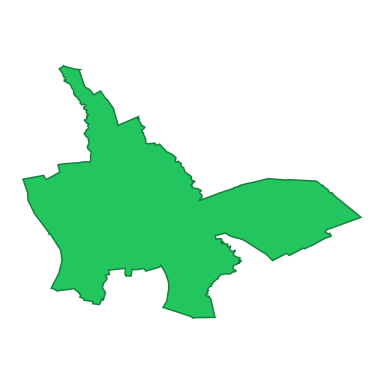 outline of Tynaarlo, Drenthe, Netherlands
{"feature_id": "6326949B53831042389857", "entity_name": "Tynaarlo", "entity_type": "district", "adm_level": 2, "iso_a3": "NLD", "parent_name": "Netherlands", "parent_adm1": "Drenthe", "projection": "natural_earth1", "projection_center": [6.601, 53.112], "detail": "fine", "context": "isolated", "style": "filled", "palette": "green", "viewbox_px": 384, "rotation_deg": 0, "n_neighbors": 0, "source": "geoboundaries", "source_scale": "gbopen_adm2", "svg_char_len": 5908}
<svg xmlns="http://www.w3.org/2000/svg" viewBox="0 0 384 384"><path d="M62.5,66.8L59.3,68.8L62.2,73.0L63.6,76.2L63.8,77.1L65.2,77.6L65.7,79.0L65.7,79.5L64.3,79.8L64.3,81.3L64.6,81.5L66.1,81.4L66.5,81.7L66.7,82.6L68.3,83.1L69.9,84.0L71.5,86.8L71.6,87.8L72.2,88.5L72.7,88.6L73.2,89.5L73.4,90.8L74.0,91.9L73.7,93.0L74.0,93.3L73.8,93.8L74.7,94.6L74.6,95.2L75.4,95.6L75.3,96.0L75.6,96.3L76.5,96.2L77.0,96.9L77.7,98.5L78.7,98.5L78.7,99.4L79.0,100.2L80.3,101.1L80.6,101.6L80.2,102.8L80.3,103.7L81.2,104.0L82.2,105.0L83.8,104.1L84.5,104.4L85.4,104.4L85.9,104.8L85.7,105.2L85.9,105.8L83.8,106.9L84.2,107.5L83.8,108.3L84.3,109.2L86.9,110.0L86.3,110.9L86.3,112.7L87.5,113.7L88.2,114.5L88.2,115.3L88.0,115.5L87.2,115.3L86.7,115.9L86.8,116.6L86.6,117.1L86.8,117.7L87.2,117.9L87.1,118.4L85.6,119.7L84.7,119.8L84.5,120.5L85.5,121.7L86.3,122.0L86.6,122.5L86.5,122.8L86.6,123.0L88.7,124.1L87.9,125.4L87.8,126.1L88.6,127.7L88.4,128.3L86.4,130.0L85.6,132.1L84.4,133.1L84.2,133.7L84.5,134.3L85.3,135.0L85.9,136.3L87.4,137.2L87.9,137.8L89.2,143.0L87.7,145.8L87.4,146.7L87.5,147.8L88.1,149.0L90.7,151.5L91.2,152.3L91.2,153.2L90.5,156.5L90.8,160.4L90.1,162.0L84.0,161.8L78.1,162.8L65.5,163.6L58.0,164.7L59.8,172.1L46.5,179.5L44.8,177.5L43.7,175.4L23.0,179.2L27.6,192.6L28.1,200.4L34.2,212.9L35.1,214.4L48.0,231.5L49.3,233.8L49.2,234.0L49.9,233.7L52.5,237.3L60.7,250.2L62.0,260.3L61.9,260.1L62.0,260.7L58.9,273.3L51.3,288.1L51.7,288.0L57.7,291.1L58.3,290.7L72.7,288.9L74.1,288.2L74.9,289.5L78.5,292.3L79.3,293.3L80.7,295.7L79.9,297.2L82.2,297.9L84.2,299.0L83.9,300.1L88.7,301.0L93.0,301.5L92.6,303.7L99.4,304.6L100.7,302.1L101.7,298.7L101.9,298.8L101.7,299.8L103.4,300.1L103.9,297.4L104.2,297.1L105.4,292.7L105.4,292.3L102.6,288.2L102.5,287.0L104.0,282.5L105.9,280.6L107.0,278.8L107.0,278.3L105.6,275.2L109.5,274.4L108.5,270.2L125.0,268.3L125.2,268.8L125.3,272.1L125.1,272.5L125.2,273.6L125.3,275.0L125.5,275.4L126.4,276.0L126.6,275.6L130.9,276.1L131.1,276.0L131.3,275.5L132.0,269.3L134.1,269.6L137.1,269.6L144.1,268.6L144.5,268.8L145.5,271.0L146.0,271.1L159.8,267.0L160.8,265.3L163.1,268.9L163.3,268.8L165.5,273.3L168.2,280.9L168.8,284.9L168.7,288.7L166.9,300.5L166.3,301.9L163.0,307.5L173.6,310.8L191.4,316.7L192.8,318.2L193.3,318.1L193.4,317.8L194.1,317.5L194.9,317.7L215.0,317.4L210.6,298.3L209.0,297.2L208.8,296.8L209.1,296.7L209.1,296.3L207.0,296.0L206.3,295.5L205.8,294.9L206.0,294.4L206.7,294.2L206.6,293.8L206.8,293.5L207.4,293.8L207.8,293.6L207.1,293.0L206.8,292.2L208.3,290.9L207.9,290.7L208.2,289.7L207.9,289.2L207.9,288.7L209.1,287.2L210.0,286.4L211.4,286.2L211.1,285.8L210.5,285.6L210.5,285.2L211.5,284.4L212.7,284.0L213.0,282.2L213.5,281.6L214.8,281.1L216.1,279.7L218.0,278.8L218.0,278.2L218.3,277.4L219.4,276.0L220.9,274.7L225.5,273.9L229.8,274.0L231.5,273.0L233.2,271.7L234.6,271.9L235.5,271.5L236.0,270.7L234.8,269.9L234.1,269.7L232.8,268.2L232.9,267.7L233.4,266.7L233.2,265.9L234.5,264.8L235.7,264.8L236.9,264.4L237.5,263.4L237.9,263.2L238.8,263.4L239.4,263.3L239.5,263.1L238.8,262.4L238.8,262.1L240.3,261.8L241.1,261.4L241.4,261.1L241.1,260.5L240.2,260.5L239.8,260.6L239.6,261.3L239.2,261.3L239.0,261.0L238.8,259.9L239.8,259.2L240.0,258.4L239.7,257.5L238.0,257.7L235.8,256.4L234.2,255.8L233.1,254.9L233.0,254.6L233.7,253.6L233.9,252.3L235.2,251.0L235.4,250.6L235.2,250.4L234.7,250.4L233.6,251.2L232.2,251.5L230.4,250.4L229.4,248.8L230.3,247.4L230.5,246.1L230.2,246.1L229.3,247.1L228.1,247.1L227.3,245.9L227.9,244.9L227.7,244.2L225.3,244.1L224.0,243.1L222.9,241.7L222.6,241.9L222.7,243.4L222.3,243.6L221.7,243.4L221.0,242.3L221.1,242.0L221.7,241.9L222.1,241.6L221.7,240.8L221.7,239.6L221.3,238.8L218.1,238.8L216.2,239.5L215.8,239.0L215.9,238.2L215.4,236.9L215.3,235.7L225.5,233.0L229.5,235.6L232.3,236.8L240.2,238.8L243.2,239.9L245.7,241.2L259.8,250.4L264.4,253.1L265.1,252.9L266.0,254.2L267.7,255.6L272.6,260.6L286.7,253.3L289.3,255.4L303.5,248.1L304.7,248.8L310.6,245.8L310.8,245.9L312.1,245.4L323.5,239.1L326.0,237.9L328.7,237.1L329.5,236.2L330.4,236.5L330.8,236.4L331.0,236.0L331.0,235.4L329.9,233.4L328.4,233.7L325.5,232.5L325.2,232.0L326.3,230.2L328.6,228.7L329.3,228.8L361.0,217.3L332.8,194.4L332.9,193.9L332.5,193.9L332.2,192.9L329.6,192.6L328.2,189.9L323.6,186.6L323.0,185.3L322.0,185.6L316.4,181.1L297.7,180.1L288.2,179.7L286.8,180.0L284.9,180.0L268.4,178.6L252.2,182.6L245.6,183.8L243.5,184.7L243.4,184.5L240.1,185.4L240.5,185.8L233.9,187.8L234.1,188.2L218.8,193.3L203.0,199.3L202.6,199.1L202.2,199.6L199.3,200.5L199.5,199.8L200.3,199.8L200.6,199.3L200.3,198.1L201.9,197.4L201.6,194.6L199.8,193.3L199.6,192.8L200.4,191.2L201.1,191.1L201.3,190.8L200.6,190.1L198.6,189.4L198.0,188.6L195.3,188.5L193.6,188.1L192.8,187.0L191.6,186.7L192.0,185.4L191.2,185.1L191.1,184.6L192.5,183.8L193.4,182.5L194.6,181.8L194.8,181.5L193.1,180.6L192.6,181.1L192.3,181.1L191.6,179.4L190.9,178.6L191.5,177.7L191.1,176.4L189.8,175.5L189.3,174.8L188.1,174.5L187.2,173.5L185.9,172.8L184.6,171.3L184.3,169.9L183.9,169.2L183.9,168.0L181.7,166.4L180.8,165.1L180.8,164.6L181.3,163.4L180.5,162.9L179.1,162.6L178.9,162.3L178.9,161.7L178.4,161.3L175.7,162.0L175.1,161.8L175.0,161.4L175.2,160.2L175.3,159.7L175.8,159.2L175.7,158.9L176.0,157.6L171.9,154.1L171.2,154.1L168.1,152.2L167.0,152.1L159.6,144.2L156.5,145.2L155.5,145.1L154.9,144.7L155.2,143.4L154.7,143.1L148.8,143.8L147.6,143.7L145.9,143.1L145.6,142.6L145.8,140.9L145.6,139.7L145.0,137.5L143.9,135.5L143.8,134.8L143.3,133.6L143.6,133.2L142.2,131.3L141.9,131.3L141.9,130.3L144.3,128.1L144.9,127.6L144.9,127.3L144.7,127.0L143.1,126.3L142.3,125.3L140.9,124.9L140.5,122.6L139.1,120.8L138.7,120.0L139.1,118.8L137.6,118.6L137.7,118.2L138.3,117.5L138.5,116.6L118.2,125.3L117.6,123.7L117.2,121.5L115.3,115.4L113.4,108.5L109.8,103.4L107.3,99.5L106.6,99.7L100.5,91.0L96.9,92.9L94.7,94.3L93.2,94.6L92.5,93.0L90.8,90.8L88.8,89.1L86.1,87.7L84.7,86.6L79.2,70.4L80.3,69.8L76.7,69.2L76.3,69.4L68.5,67.5L63.6,66.0L63.5,65.8L62.5,66.8Z" fill="#22c55e" stroke="#15803d" stroke-width="1.5"/></svg>